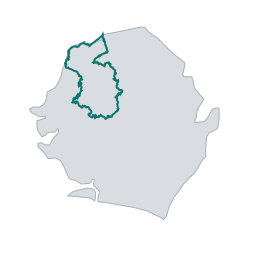 location of Bombali, Northern, Sierra Leone, rotated 349°
{"feature_id": "65957751B29483301504535", "entity_name": "Bombali", "entity_type": "district", "adm_level": 2, "iso_a3": "SLE", "parent_name": "Sierra Leone", "parent_adm1": "Northern", "projection": "orthographic", "projection_center": [-12.185, 9.331], "detail": "fine", "context": "in_parent", "style": "outline", "palette": "teal", "viewbox_px": 256, "rotation_deg": 349, "n_neighbors": 0, "source": "geoboundaries", "source_scale": "gbopen_adm2", "svg_char_len": 6913}
<svg xmlns="http://www.w3.org/2000/svg" viewBox="0 0 256 256"><g transform="rotate(349 128 128)"><path d="M221.0,125.7L220.9,127.6L219.1,136.6L216.4,144.3L214.6,146.2L206.7,148.3L203.4,151.7L200.5,162.6L198.7,171.2L196.0,172.6L184.4,185.1L176.9,189.8L171.6,193.8L166.6,199.1L160.3,204.2L153.6,212.9L148.7,221.9L145.5,224.7L143.0,222.1L131.4,213.3L119.3,207.4L93.4,197.5L84.7,194.7L85.0,191.2L88.0,184.8L83.2,177.2L85.1,171.8L83.2,171.7L79.5,175.0L71.6,174.1L66.4,169.4L62.1,167.6L60.3,165.3L57.5,152.8L55.6,147.2L51.6,143.7L43.7,142.8L40.5,135.2L36.1,129.4L36.8,125.7L40.4,126.0L43.2,128.6L47.7,129.7L53.3,123.3L58.4,119.9L59.5,116.9L58.9,115.2L55.9,117.8L47.5,117.1L45.5,119.4L41.7,120.2L38.9,112.7L39.0,108.3L40.2,103.5L48.6,102.7L49.3,101.2L43.5,100.1L36.2,94.5L35.0,90.6L38.6,89.3L42.0,89.9L45.0,90.7L48.3,89.4L51.3,87.2L53.1,84.5L55.6,77.3L63.5,74.8L68.2,70.4L72.6,63.5L74.6,58.6L76.4,56.2L77.6,54.1L78.4,51.8L80.4,49.7L82.5,44.5L83.9,39.8L88.4,37.6L97.7,35.6L106.0,39.0L119.5,36.1L120.3,31.7L132.6,31.6L147.3,31.5L159.5,31.4L163.7,32.5L165.3,35.8L169.3,40.9L173.5,44.5L178.7,52.3L184.8,61.3L191.4,69.5L195.6,73.9L196.1,75.5L195.8,77.3L193.8,81.4L192.0,85.9L192.2,87.6L193.5,88.5L200.3,89.9L201.0,94.9L201.0,101.8L204.4,108.3L207.5,113.1L207.4,114.8L199.7,123.0L196.7,131.1L195.2,133.4L194.5,135.2L196.1,136.0L198.2,135.5L201.2,136.1L204.1,136.4L207.9,133.4L214.2,126.0L216.3,125.1L221.0,125.7ZM82.2,191.6L81.3,193.2L77.2,189.2L55.8,183.1L61.9,179.9L76.7,179.0L81.1,180.9L83.1,182.4L83.8,185.4L82.2,191.6Z" fill="#d9dde1" stroke="#a8b0b8" stroke-width="1"/><path d="M95.0,110.7L95.4,110.5L95.6,110.2L95.8,109.1L96.0,108.7L96.5,108.8L96.7,109.5L97.1,109.8L97.6,109.3L97.9,109.3L98.3,109.4L98.4,109.6L98.0,110.0L98.0,111.1L97.6,111.3L97.6,111.9L98.2,111.7L98.5,111.4L98.6,110.9L98.6,110.1L98.8,109.6L99.6,110.9L99.9,111.2L100.9,111.6L101.2,111.6L101.2,111.1L101.6,110.7L101.9,110.7L102.1,111.1L102.5,111.1L103.6,109.9L104.0,110.2L104.9,111.5L105.3,112.0L106.4,112.3L107.0,113.1L107.7,114.8L108.1,114.8L108.4,114.2L109.0,114.1L109.8,113.6L110.3,113.7L110.1,113.0L110.3,112.3L110.9,112.2L111.1,112.4L111.0,112.9L111.1,113.4L111.6,113.1L112.1,113.0L112.3,113.1L112.3,113.7L112.5,113.8L113.1,113.2L113.3,113.3L113.3,113.6L113.7,113.6L114.2,113.8L114.5,113.7L114.8,113.2L114.9,112.7L115.1,112.2L117.7,110.8L118.2,110.4L119.9,109.4L120.2,109.5L120.4,109.1L120.8,109.2L121.2,108.5L121.8,108.2L121.7,107.5L122.1,107.6L122.2,107.3L122.3,107.1L122.0,106.5L122.1,106.0L121.9,104.6L122.0,104.2L122.0,103.6L122.2,102.8L122.0,102.5L122.5,102.1L122.8,101.4L123.0,101.3L123.0,101.1L123.0,100.2L122.7,99.7L122.6,98.8L122.9,97.2L122.6,97.1L122.8,96.7L122.3,96.6L122.2,96.2L121.8,95.5L122.3,95.4L122.8,95.5L123.2,94.9L122.8,94.5L123.2,94.1L124.0,93.7L124.6,94.0L124.8,93.8L125.4,93.1L125.1,92.6L125.6,92.5L125.8,92.7L125.7,92.1L125.8,92.0L126.4,92.8L127.2,93.0L127.3,92.5L127.9,92.4L128.1,91.8L128.4,91.8L128.4,91.3L128.8,91.1L129.1,91.2L129.2,90.3L129.5,90.2L129.4,89.9L128.0,89.2L127.3,89.1L126.4,88.6L126.1,88.1L126.2,87.5L126.0,87.1L125.1,87.0L124.6,86.2L124.8,84.5L125.0,84.0L125.6,83.6L126.0,83.1L125.8,82.1L126.4,81.3L126.8,81.1L127.3,80.6L127.4,79.3L127.1,79.4L126.9,79.2L125.9,79.2L125.6,79.5L125.2,79.4L124.9,79.2L124.7,78.7L124.6,77.9L124.0,78.1L123.8,77.5L123.2,77.4L123.2,77.1L123.8,77.0L124.1,77.2L124.9,77.1L124.2,74.5L124.4,73.9L126.7,72.1L126.5,71.6L126.0,71.2L125.6,71.2L126.4,68.9L124.6,66.8L124.5,66.3L124.6,65.8L123.7,65.6L123.3,64.8L123.0,64.9L122.6,64.6L122.2,63.3L122.6,62.7L122.5,62.4L122.7,62.2L122.9,62.2L123.0,62.0L122.4,61.3L122.1,61.2L121.8,61.8L121.6,61.6L121.9,60.1L121.3,59.9L120.1,60.1L119.8,60.0L118.9,60.2L118.3,60.6L117.9,60.4L117.5,61.1L117.2,61.2L117.0,61.7L117.3,61.7L117.2,62.1L116.9,62.1L116.7,62.8L114.9,61.4L113.7,60.0L113.4,59.8L113.0,59.4L112.7,59.3L112.5,59.5L111.7,59.7L111.4,59.5L111.2,59.6L111.0,58.7L111.1,58.2L110.5,57.6L110.4,57.8L109.5,57.4L109.2,57.5L109.2,57.8L108.6,57.6L108.2,57.3L108.0,57.5L107.7,57.3L107.3,57.5L107.0,57.3L106.8,57.4L106.7,57.0L106.4,56.9L107.7,56.1L108.0,55.7L107.8,55.3L108.1,54.6L109.3,53.5L111.5,52.7L112.1,52.2L112.6,52.5L112.9,52.5L113.2,52.1L112.9,51.9L113.1,51.7L113.5,52.1L114.4,52.0L114.5,51.7L114.4,51.3L114.8,51.3L115.2,51.1L116.0,51.1L116.2,50.7L117.9,50.3L119.5,50.2L120.1,49.7L120.2,50.0L120.5,49.9L120.6,50.1L122.0,49.9L122.1,49.4L122.6,49.1L122.3,47.5L122.4,45.6L122.1,45.2L122.3,44.9L121.9,44.1L121.8,43.2L121.9,42.8L121.7,42.4L121.8,42.1L121.5,41.6L121.6,39.8L121.9,38.6L121.6,38.3L121.2,38.4L120.8,38.2L120.6,37.7L120.6,37.3L121.0,37.2L121.1,36.8L121.4,36.5L121.0,36.0L121.2,35.6L120.4,34.7L120.4,33.8L120.6,33.6L121.1,31.7L121.1,31.3L119.9,33.0L119.0,33.2L117.4,33.9L116.2,35.0L115.1,35.2L114.8,35.5L114.0,35.6L111.8,37.0L110.7,37.4L110.2,37.4L109.6,38.0L108.4,38.4L107.1,39.4L106.8,39.0L106.4,39.3L106.5,39.0L106.1,39.1L105.8,38.9L105.9,39.3L105.5,39.1L105.3,38.7L104.9,38.8L104.7,38.4L104.6,38.6L104.4,38.6L104.3,38.3L104.1,38.2L103.9,38.4L103.2,38.0L102.6,37.4L102.2,37.5L101.5,36.9L101.3,35.6L97.4,36.7L96.2,37.5L95.3,38.3L93.8,38.8L93.4,38.8L92.3,37.8L90.5,37.7L88.8,37.8L85.4,40.0L85.1,40.3L84.3,40.9L84.0,41.5L84.4,41.8L84.6,41.6L84.7,41.9L84.6,43.0L84.3,42.9L84.1,43.0L84.0,43.4L84.1,43.9L83.5,44.9L83.5,45.7L82.9,46.6L83.4,46.5L83.7,47.1L83.4,47.3L82.5,47.2L82.3,47.7L82.9,49.0L82.9,49.4L82.7,49.6L82.1,49.2L82.3,48.7L82.1,48.4L81.8,48.6L81.8,49.0L80.9,49.5L80.1,49.7L80.0,50.0L80.0,51.0L79.5,51.8L79.5,52.7L78.9,52.1L78.7,52.2L78.5,52.5L78.9,54.0L78.5,55.6L78.6,56.3L79.0,56.7L79.0,57.1L80.2,57.5L80.9,57.4L81.6,58.5L83.0,59.1L83.8,59.7L86.0,61.6L88.7,63.0L89.0,63.4L89.1,65.0L90.1,66.2L90.2,66.8L89.8,67.6L90.1,68.0L90.6,67.9L91.3,68.0L91.7,68.3L92.0,68.8L91.6,70.3L92.2,71.6L91.8,71.8L91.4,71.8L91.2,71.3L90.8,71.0L90.4,71.3L89.9,72.6L89.3,73.0L89.5,74.1L90.7,74.9L90.9,75.4L90.7,75.8L89.9,75.9L89.5,75.7L89.1,75.0L88.7,74.8L88.6,74.1L88.3,74.1L88.1,74.5L88.2,75.9L87.7,76.6L87.8,77.6L88.7,76.9L89.3,77.1L90.0,78.0L90.0,78.5L90.2,79.3L89.5,80.2L89.1,81.5L89.1,81.9L89.6,82.4L88.5,83.2L87.7,84.1L87.5,84.9L87.0,85.1L86.9,85.6L87.0,86.0L87.0,86.5L86.6,86.8L86.5,87.1L86.1,87.2L85.9,87.4L85.7,87.4L85.5,86.8L86.0,86.4L86.2,86.2L85.4,85.2L83.8,86.8L83.7,86.9L84.0,87.0L84.7,87.8L84.4,88.3L84.6,88.7L84.5,88.8L84.0,88.8L83.8,89.1L83.3,88.4L82.8,88.1L82.6,88.2L82.4,88.7L81.5,89.4L81.2,89.4L81.0,89.0L81.6,88.4L81.2,88.1L80.9,88.1L80.7,88.5L80.0,88.9L80.0,89.2L80.3,89.1L80.1,90.1L79.5,90.3L79.4,90.7L78.8,91.4L78.6,92.0L78.3,92.3L78.9,92.6L81.1,92.2L81.0,93.3L81.2,93.8L81.5,93.8L82.1,92.8L83.0,92.2L83.6,93.2L84.0,94.9L84.1,96.7L84.6,97.2L85.8,97.7L85.8,98.3L86.4,99.0L86.7,98.9L86.9,99.2L87.2,99.1L87.9,97.7L88.3,98.1L89.3,97.9L89.7,98.4L90.1,98.3L90.5,99.1L90.5,99.6L90.9,99.9L91.9,99.5L92.9,99.8L93.6,100.7L93.7,102.2L94.3,102.8L95.0,104.1L95.2,104.8L94.6,106.2L94.0,106.7L93.6,106.7L92.7,106.4L91.9,106.9L91.9,107.9L92.1,108.5L93.3,109.5L94.0,110.3L95.0,110.7Z" fill="none" stroke="#0f766e" stroke-width="2"/></g></svg>